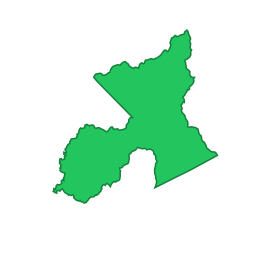 the district of Mutunópolis, Goiás, Brazil, rotated 336°
{"feature_id": "56859067B66418540138374", "entity_name": "Mutunópolis", "entity_type": "district", "adm_level": 2, "iso_a3": "BRA", "parent_name": "Brazil", "parent_adm1": "Goiás", "projection": "robinson", "projection_center": [-49.322, -13.713], "detail": "fine", "context": "isolated", "style": "filled", "palette": "green", "viewbox_px": 256, "rotation_deg": 336, "n_neighbors": 0, "source": "geoboundaries", "source_scale": "gbopen_adm2", "svg_char_len": 4700}
<svg xmlns="http://www.w3.org/2000/svg" viewBox="0 0 256 256"><g transform="rotate(336 128 128)"><path d="M167.3,191.8L198.5,189.4L198.4,188.0L198.2,186.7L197.5,185.2L195.7,184.3L194.4,183.4L193.6,182.1L193.1,180.4L192.1,179.1L191.8,177.4L192.2,175.2L191.9,173.2L192.0,172.0L191.0,170.8L190.6,169.2L191.0,167.4L191.4,166.1L191.6,164.7L190.9,163.5L190.7,162.1L190.8,160.6L191.2,159.0L191.6,157.6L190.9,156.7L189.8,155.0L188.4,154.2L187.5,153.4L186.6,152.7L185.2,152.5L184.1,152.2L183.2,151.2L183.7,149.7L184.8,147.9L185.0,146.0L184.5,142.6L184.7,141.3L185.0,140.1L184.7,138.5L184.1,136.8L183.8,135.4L183.8,133.4L185.4,132.5L185.5,130.3L185.7,128.8L187.3,128.0L188.6,126.8L189.7,127.6L190.6,126.1L190.9,124.4L190.6,122.6L191.2,121.6L192.8,121.4L194.0,120.3L195.5,119.2L197.2,118.2L197.9,117.1L199.0,118.0L200.0,117.5L200.4,116.0L201.8,115.0L203.1,114.9L205.1,113.9L206.2,113.2L207.4,111.8L207.6,110.1L209.3,108.8L207.8,108.3L207.1,107.4L206.2,106.6L206.3,105.3L205.9,104.2L206.6,103.3L207.5,101.9L207.1,100.2L205.7,97.8L205.7,96.0L206.5,94.9L206.5,93.5L207.2,92.0L206.9,89.8L208.3,89.2L209.7,89.1L211.0,88.9L212.3,88.6L213.6,87.9L214.7,87.2L215.4,86.1L216.0,84.4L216.7,83.4L217.9,82.6L217.3,81.0L217.5,79.8L218.1,78.8L219.1,77.3L219.7,75.7L219.4,74.2L220.1,73.2L221.2,72.4L221.7,71.2L221.7,69.3L221.5,67.0L221.9,65.5L222.1,64.0L221.6,62.5L220.5,62.9L219.0,63.2L217.1,65.2L215.5,64.7L213.4,64.4L211.9,64.7L210.0,64.7L209.1,62.8L207.8,62.8L206.6,63.6L205.0,63.4L203.6,64.4L201.8,66.4L200.8,67.9L201.3,69.2L198.8,72.0L197.6,72.9L196.4,74.0L194.9,74.2L194.5,72.7L193.3,71.7L191.6,72.3L190.4,73.1L187.3,74.9L184.9,75.3L183.5,75.7L181.2,75.6L179.3,75.8L178.2,74.7L177.1,74.0L175.6,73.8L174.6,74.0L173.3,73.7L171.4,73.1L170.7,74.0L169.5,75.3L168.3,75.6L167.2,74.1L165.5,74.2L164.3,74.8L163.3,76.1L161.7,77.4L160.7,76.3L159.0,75.3L157.4,75.8L156.3,74.7L155.2,73.2L154.1,71.3L154.4,69.9L153.2,67.9L152.6,66.2L150.6,65.9L148.3,66.4L146.5,67.4L144.4,66.1L142.0,65.7L140.3,65.7L138.8,65.7L136.1,67.4L134.1,69.7L132.7,69.6L130.2,70.3L128.9,70.1L127.6,70.3L126.6,69.4L126.0,67.9L125.1,66.8L123.8,66.4L120.8,65.7L119.0,66.3L117.3,67.7L118.7,72.7L136.7,121.0L135.5,119.7L134.2,119.5L132.0,120.8L131.0,122.9L129.3,123.7L127.3,125.0L126.8,127.0L125.3,127.2L123.8,127.6L122.6,127.2L121.1,127.0L119.1,126.5L118.0,124.3L116.5,124.3L114.2,122.8L114.2,120.8L113.0,120.2L110.7,121.1L109.6,122.1L108.5,122.5L107.1,122.9L105.6,121.1L104.9,119.7L104.0,118.8L103.2,118.0L102.1,116.3L100.3,115.4L99.2,115.4L97.8,114.6L97.7,111.7L96.6,110.7L94.6,110.2L93.6,110.4L92.9,109.5L92.1,108.1L90.1,107.8L88.3,110.1L86.0,109.8L84.7,108.7L83.6,109.1L81.9,110.7L81.2,112.3L79.8,112.9L78.8,112.9L78.6,114.4L77.6,115.1L76.8,116.1L73.9,115.7L72.9,115.2L71.7,114.9L70.7,115.9L69.3,116.9L68.4,118.5L66.5,118.6L65.6,119.5L64.6,119.9L63.9,121.1L62.1,121.5L61.6,122.9L62.1,124.2L61.4,125.9L59.6,124.0L58.7,125.8L59.5,127.0L60.1,128.0L58.3,128.1L57.7,130.5L56.2,130.3L55.1,130.6L54.5,128.9L53.3,128.5L51.9,130.6L52.2,131.8L51.1,132.2L51.4,133.4L51.9,134.7L50.9,135.6L50.6,137.1L49.4,136.9L49.4,138.4L48.6,139.2L49.0,140.5L50.3,142.1L51.9,143.5L50.7,145.5L50.0,146.6L49.0,147.2L47.9,150.0L47.3,148.6L45.4,149.4L44.9,151.8L43.2,152.0L41.9,151.9L40.7,151.0L39.3,151.3L37.9,153.1L36.4,154.5L35.5,153.3L35.1,154.6L33.9,155.4L34.9,157.1L36.5,158.5L36.8,157.2L37.8,156.4L39.4,157.0L40.1,158.0L41.5,157.3L43.3,156.9L43.6,158.6L43.9,161.1L44.9,162.5L45.9,163.8L46.5,165.4L47.7,165.4L48.8,166.6L50.6,166.6L50.9,168.3L50.0,169.4L50.5,170.9L51.3,172.7L52.5,173.9L53.8,175.0L54.8,174.8L55.3,176.4L56.5,177.1L57.2,178.5L59.4,179.1L61.0,178.1L62.5,177.5L63.9,176.5L65.9,176.0L67.1,176.5L68.3,176.7L69.5,176.8L71.0,176.0L72.1,176.7L73.3,176.3L74.6,176.2L75.6,175.1L77.2,175.0L78.4,173.5L79.6,172.9L79.5,171.4L81.4,170.1L83.1,170.0L84.0,171.2L85.0,170.3L86.1,170.1L86.9,171.1L87.6,172.7L88.1,174.4L88.8,173.5L90.1,172.6L91.3,171.8L92.5,171.4L93.6,171.3L94.7,172.4L96.4,172.0L98.0,172.2L99.4,171.8L100.4,170.1L101.4,168.6L102.1,167.1L102.6,165.6L103.7,164.4L103.6,162.5L104.3,161.0L105.9,161.8L107.3,161.3L108.6,160.5L109.7,160.5L110.9,160.3L112.3,160.5L113.4,160.5L114.7,159.5L115.5,158.2L116.9,156.1L117.3,154.4L118.4,152.4L119.4,152.6L121.3,151.6L122.6,150.8L124.2,151.4L126.7,150.9L128.0,149.9L129.2,149.9L130.4,151.0L131.5,152.0L133.3,153.1L134.7,153.2L135.8,154.3L136.1,155.5L137.9,155.8L140.0,156.4L141.0,158.2L141.8,159.2L141.6,160.7L141.1,162.4L141.8,164.0L141.8,165.3L141.2,166.6L140.7,168.7L141.0,170.6L139.1,171.5L138.2,172.6L137.7,173.9L136.3,175.5L135.2,177.1L134.7,178.8L133.9,180.6L133.8,182.6L133.2,184.3L132.7,186.9L132.4,188.6L131.2,190.3L129.9,192.0L128.3,193.5L147.2,192.6L167.3,191.8Z" fill="#22c55e" stroke="#15803d" stroke-width="1.5"/></g></svg>